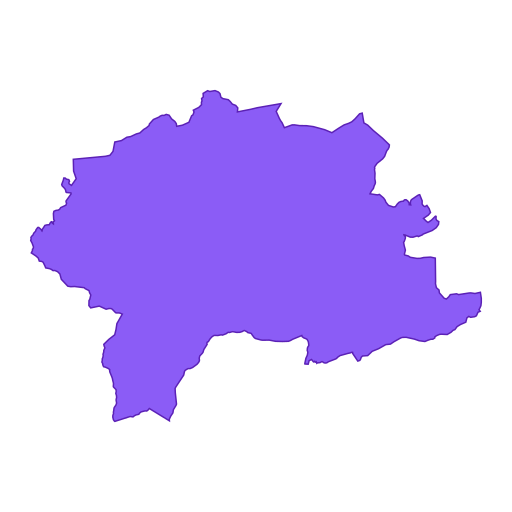 Sinteu, Bihor, Romania
{"feature_id": "2599482B35691886795936", "entity_name": "Sinteu", "entity_type": "district", "adm_level": 2, "iso_a3": "ROU", "parent_name": "Romania", "parent_adm1": "Bihor", "projection": "robinson", "projection_center": [22.5, 47.135], "detail": "fine", "context": "isolated", "style": "filled", "palette": "violet", "viewbox_px": 512, "rotation_deg": 0, "n_neighbors": 0, "source": "geoboundaries", "source_scale": "gbopen_adm2", "svg_char_len": 6027}
<svg xmlns="http://www.w3.org/2000/svg" viewBox="0 0 512 512"><path d="M480.2,311.3L479.0,309.7L479.9,308.0L480.9,305.7L481.3,302.3L481.3,298.4L480.4,292.3L475.0,293.5L470.8,292.9L469.0,293.0L458.6,294.6L456.6,293.8L450.3,294.6L448.8,296.8L446.4,299.0L444.2,298.3L439.4,292.9L439.0,290.0L436.4,287.7L435.5,283.8L435.6,281.3L435.3,258.1L430.6,257.1L423.7,257.5L420.4,258.3L417.0,258.4L410.3,257.3L408.2,255.9L405.4,255.2L404.7,255.0L404.5,254.6L404.4,254.2L405.4,250.1L404.2,245.7L403.6,242.3L404.2,241.5L405.3,238.5L405.4,236.8L404.1,235.2L404.0,234.8L405.1,235.0L410.2,237.1L413.0,237.2L416.9,236.0L417.8,236.1L418.3,236.6L422.5,234.8L423.1,234.1L432.2,230.5L436.2,227.7L438.5,224.4L438.8,221.6L436.9,220.5L436.0,219.0L436.1,216.4L435.4,216.2L431.4,220.2L428.0,222.5L426.3,221.2L423.5,218.4L428.3,215.1L430.5,212.5L429.1,208.6L426.9,205.4L425.0,206.6L423.9,206.2L422.7,205.0L422.1,203.9L422.2,200.9L419.7,194.7L419.0,194.8L417.7,195.4L411.4,199.7L410.5,201.4L410.3,203.3L410.7,204.9L409.2,204.7L409.3,203.4L407.7,200.9L406.0,199.7L404.4,199.9L403.5,201.1L400.8,201.5L399.0,202.3L397.3,204.0L395.4,206.7L393.4,207.0L388.5,205.4L385.9,202.2L385.1,200.1L383.5,197.9L379.4,194.4L377.5,194.9L370.0,193.8L371.3,191.2L373.4,188.5L374.2,185.8L375.1,183.9L375.4,182.7L375.3,181.4L374.8,178.8L375.0,173.2L374.5,169.6L374.8,168.2L374.5,167.4L374.8,166.6L377.1,163.3L382.6,158.9L384.6,156.4L386.4,151.6L387.1,150.3L388.1,149.2L389.1,147.1L389.4,144.9L382.5,138.2L373.3,130.5L367.7,125.1L363.9,122.9L362.2,113.1L359.6,113.8L355.1,118.8L351.8,121.8L348.7,123.3L344.1,124.9L338.7,128.2L331.9,132.7L324.7,129.7L313.3,126.6L306.5,125.7L299.5,125.6L294.7,124.9L292.1,124.9L284.4,127.7L282.0,122.6L280.8,121.0L279.4,118.5L276.2,111.4L281.0,103.6L257.4,107.7L250.7,109.3L237.4,111.9L237.8,107.9L235.7,105.4L232.3,104.1L230.2,101.5L228.3,99.7L222.9,98.6L220.9,97.2L220.0,93.6L218.4,92.0L215.0,90.6L209.8,91.5L207.6,90.7L203.1,93.4L203.3,96.9L201.6,98.5L202.0,101.0L201.4,102.2L201.5,104.7L198.8,107.4L193.3,110.2L194.0,112.0L193.0,114.8L191.6,115.8L188.9,122.3L182.4,125.2L176.7,126.3L176.3,123.6L174.8,121.4L171.6,118.9L169.1,115.2L166.2,114.4L164.1,115.4L162.1,115.3L160.2,116.1L158.9,117.1L153.4,119.5L149.4,124.0L149.1,125.5L146.4,127.8L143.6,129.5L139.8,133.0L136.4,133.9L130.6,136.6L126.9,137.2L121.4,140.6L114.8,142.0L113.0,151.4L109.9,155.3L105.4,156.3L73.3,159.3L73.6,171.1L76.2,178.7L71.5,185.4L69.1,183.8L68.9,183.1L68.9,182.3L69.5,181.6L69.1,180.1L68.7,179.6L66.5,179.2L65.1,178.0L63.8,178.0L63.3,180.2L61.7,184.5L62.1,185.8L64.7,188.5L65.5,189.8L66.0,192.1L66.5,192.5L70.9,192.9L71.1,193.9L66.1,200.9L66.0,201.9L66.6,203.1L66.0,205.0L65.9,205.2L60.7,207.6L59.6,209.3L58.2,210.1L55.9,210.4L53.9,211.3L53.4,213.6L53.7,219.4L54.5,220.8L53.0,222.1L53.4,223.4L53.4,223.9L52.2,223.0L51.7,221.7L51.2,221.8L50.2,222.9L49.3,224.7L46.7,224.9L44.9,225.4L42.2,229.6L42.2,230.6L42.0,231.0L41.6,230.5L41.3,229.7L38.7,227.4L37.7,227.5L36.0,229.8L35.6,231.2L33.8,233.1L32.9,235.1L31.7,236.2L30.9,237.5L31.1,238.8L30.7,240.5L32.1,243.1L33.5,247.0L33.1,248.6L32.5,249.2L32.4,250.7L31.3,252.9L35.8,255.9L38.2,258.0L39.3,261.1L41.7,261.4L43.1,262.2L44.9,265.9L45.7,267.9L49.7,268.7L51.8,269.6L52.4,270.3L53.1,270.6L54.9,270.5L57.6,271.7L59.9,274.0L61.3,279.3L67.8,286.2L70.8,286.7L74.6,286.5L84.3,287.7L85.1,288.6L89.0,290.6L89.6,292.8L90.8,295.0L89.8,299.2L89.0,300.6L88.9,305.6L90.7,307.9L99.3,306.1L106.1,309.2L109.0,308.5L111.3,308.6L112.4,309.4L115.6,312.7L116.3,312.9L118.7,312.9L120.0,313.1L122.3,314.1L116.9,323.6L116.0,329.5L114.7,334.8L108.8,339.4L103.8,344.3L104.1,345.9L104.9,347.9L103.8,350.3L103.7,352.1L103.0,354.3L103.2,355.4L102.9,357.3L102.2,359.0L102.3,360.1L102.0,361.5L101.9,362.1L102.7,363.6L102.7,364.3L103.0,365.4L103.6,366.7L105.5,367.2L108.3,368.5L109.7,369.6L109.6,370.6L109.8,371.9L112.0,377.3L112.4,378.5L112.7,380.2L113.3,382.5L113.5,383.7L113.3,386.4L113.5,387.0L116.0,389.6L116.2,391.4L115.8,393.4L116.5,395.7L116.6,397.7L116.2,399.1L116.1,400.2L116.6,403.1L115.9,405.1L114.3,407.4L114.0,408.2L113.7,410.7L113.4,412.1L113.5,413.8L112.9,415.2L112.8,417.1L113.4,419.7L114.4,421.1L114.8,421.4L130.1,416.5L133.0,416.9L134.5,415.7L136.1,414.9L138.8,414.3L139.6,413.1L141.1,411.9L145.0,410.9L146.8,411.0L148.2,409.9L149.3,408.5L169.4,420.8L169.3,419.2L170.8,416.0L172.9,412.9L173.4,409.7L176.0,405.4L176.5,404.1L175.3,392.7L175.1,388.4L175.8,387.0L183.7,375.1L184.5,371.4L185.2,370.3L188.0,368.6L190.0,368.6L192.6,367.5L197.0,364.3L198.6,362.4L199.4,360.8L199.4,359.6L199.2,358.2L199.8,355.9L202.2,353.4L203.0,352.3L203.8,349.6L207.1,344.4L206.9,343.5L207.0,342.7L207.4,342.0L208.3,341.7L209.9,339.1L211.6,337.1L213.7,335.6L214.7,335.4L217.9,335.5L221.1,334.8L222.5,335.1L226.2,333.7L228.1,332.3L229.5,332.5L232.2,331.7L233.6,331.8L236.6,332.4L239.8,332.3L242.1,331.6L243.9,330.6L244.4,330.5L246.7,331.6L247.8,332.6L251.0,333.3L251.5,333.8L252.1,334.8L254.1,337.5L255.4,338.5L261.0,340.0L262.6,340.2L269.2,340.1L275.5,341.3L282.4,341.5L288.5,341.3L290.5,340.5L292.6,339.3L301.8,335.5L302.1,336.6L302.6,337.0L303.8,337.9L305.7,338.6L307.1,339.4L308.3,341.7L308.7,344.3L308.7,345.7L307.8,347.0L307.4,348.1L307.2,350.4L307.7,351.8L307.8,352.6L307.3,355.2L305.9,358.3L304.8,363.5L304.9,364.0L308.2,364.2L309.1,360.7L311.5,359.5L313.5,361.9L314.7,361.3L315.2,362.2L316.2,361.7L316.8,363.3L317.3,362.9L320.1,362.6L321.8,361.6L322.2,361.6L324.0,362.8L325.1,363.0L325.9,363.0L327.0,362.7L328.5,361.7L335.8,358.9L336.6,358.4L337.7,357.2L340.0,355.6L347.9,353.4L350.3,352.9L351.7,352.3L352.6,352.4L352.7,353.5L357.8,361.1L359.8,360.4L360.4,359.6L361.2,357.3L362.5,356.0L367.7,355.6L372.2,351.3L378.6,348.7L385.8,344.6L390.5,344.1L394.0,341.7L400.8,337.9L402.4,337.4L406.2,337.3L414.4,339.1L419.0,340.7L424.9,341.5L428.0,340.2L430.7,339.3L432.9,339.2L434.8,337.9L434.9,336.8L436.7,335.6L439.5,334.4L441.2,334.2L447.2,334.5L451.0,332.3L453.1,330.3L454.9,329.6L457.1,326.6L460.5,324.5L465.8,322.2L466.9,317.9L468.8,316.4L470.6,317.3L474.7,316.7L476.4,315.8L478.0,312.2L480.2,311.3Z" fill="#8b5cf6" stroke="#5b21b6" stroke-width="1.5"/></svg>